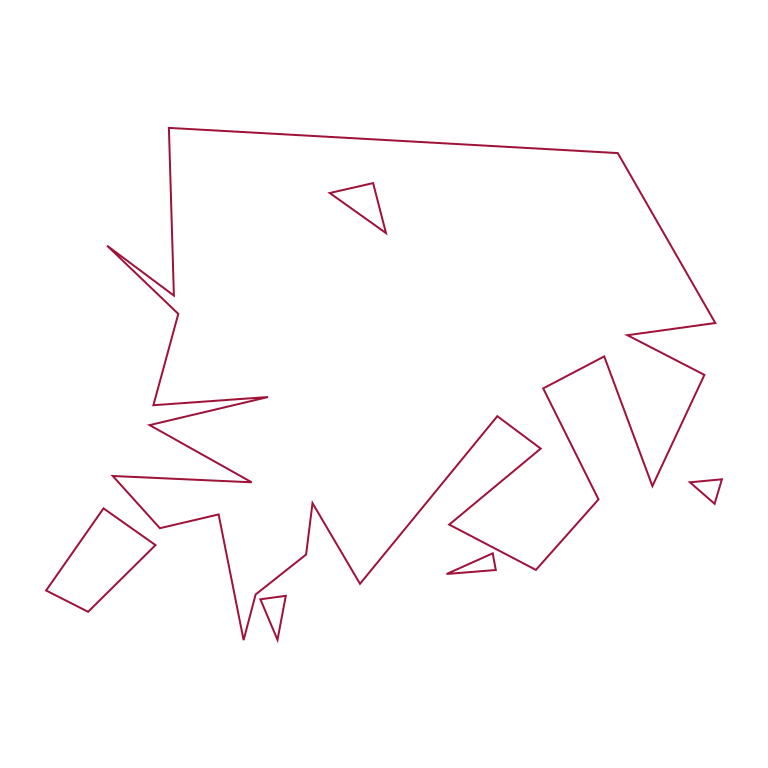 an SVG outline of South Jeolla
{"feature_id": "KOR-2506", "entity_name": "South Jeolla", "entity_type": "Metropolitan City", "adm_level": 1, "iso_a3": "KOR", "parent_name": "South Korea", "parent_adm1": "", "projection": "albers", "projection_center": [126.652, 34.734], "detail": "coarse", "context": "isolated", "style": "outline", "palette": "rose", "viewbox_px": 768, "rotation_deg": 0, "n_neighbors": 0, "source": "natural_earth", "source_scale": "10m", "svg_char_len": 730}
<svg xmlns="http://www.w3.org/2000/svg" viewBox="0 0 768 768"><path d="M715.3,323.0L627.4,335.2L704.4,374.9L652.4,486.1L604.2,356.4L543.2,388.4L598.5,499.4L535.9,569.9L449.2,524.6L540.7,448.6L497.3,416.2L360.0,583.8L312.5,503.1L306.1,554.5L255.6,594.5L243.6,640.1L218.6,514.4L159.9,528.2L112.8,476.0L251.7,482.3L149.6,425.1L268.1,397.0L153.4,405.2L178.3,313.9L107.1,245.7L173.9,295.6L168.9,127.9L617.8,153.1L715.3,323.0ZM386.0,233.1L373.1,183.1L329.7,193.0L386.0,233.1ZM155.5,545.1L88.1,611.8L46.1,590.5L103.5,508.4L155.5,545.1ZM285.8,595.8L277.5,639.8L260.4,599.3L285.8,595.8ZM446.6,574.0L492.7,553.3L495.8,570.0L446.6,574.0ZM689.9,482.3L721.9,479.3L714.6,503.8L689.9,482.3Z" fill="none" stroke="#9f1239" stroke-width="2"/></svg>